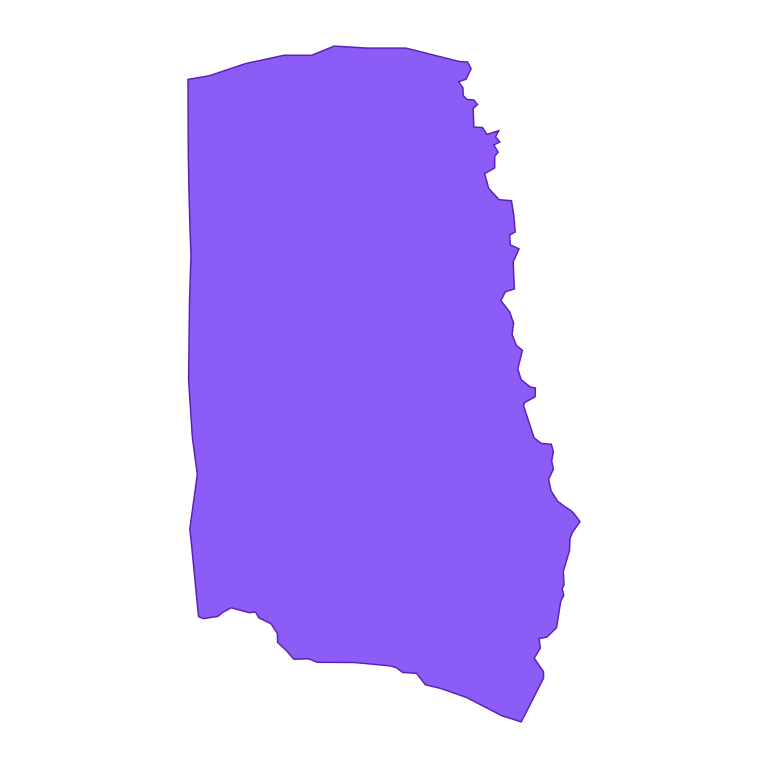 Camuy, Puerto Rico
{"feature_id": "32010507B35175802889516", "entity_name": "Camuy", "entity_type": "district", "adm_level": 2, "iso_a3": "PRI", "parent_name": "Puerto Rico", "parent_adm1": "", "projection": "orthographic", "projection_center": [-66.848, 18.417], "detail": "fine", "context": "isolated", "style": "filled", "palette": "violet", "viewbox_px": 768, "rotation_deg": 0, "n_neighbors": 0, "source": "geoboundaries", "source_scale": "gbopen_adm2", "svg_char_len": 1803}
<svg xmlns="http://www.w3.org/2000/svg" viewBox="0 0 768 768"><path d="M222.8,612.3L231.2,607.8L249.3,612.7L255.5,612.0L259.0,617.9L270.9,623.7L277.4,633.4L277.6,642.3L286.7,650.9L293.3,658.7L293.8,659.2L308.6,658.8L317.3,662.3L353.8,662.5L354.2,662.5L389.4,665.8L395.9,667.4L402.6,672.4L416.5,673.3L425.4,684.8L440.5,688.4L466.6,697.5L501.7,715.7L521.2,721.9L532.1,700.6L538.7,687.6L543.6,678.0L543.5,671.7L534.2,658.2L540.3,648.0L539.1,638.6L546.9,637.1L556.5,627.7L560.8,601.0L563.8,595.4L562.1,588.6L564.0,584.8L563.3,571.3L569.5,550.5L570.0,538.5L572.5,532.3L580.0,521.6L574.0,513.7L570.5,510.2L565.4,507.1L557.7,501.3L551.1,491.0L548.6,479.3L553.4,469.2L551.7,460.8L553.4,451.9L551.3,444.3L541.3,443.4L534.1,437.9L523.6,405.9L524.4,402.7L535.1,396.8L535.4,388.0L530.1,386.9L521.1,379.7L517.8,368.9L522.4,350.4L516.3,345.3L512.1,334.6L513.6,323.1L509.6,311.8L500.9,300.7L505.4,291.7L514.4,288.9L513.5,269.4L513.2,261.7L519.0,248.9L510.3,244.8L509.6,235.0L515.2,232.0L513.7,214.6L511.5,200.7L499.1,199.7L488.7,188.4L484.6,173.6L494.7,167.9L494.7,156.4L498.1,152.1L493.8,144.9L499.8,142.0L495.5,137.0L498.7,130.7L486.8,134.4L482.5,127.5L473.9,127.1L473.1,108.5L477.5,104.5L473.7,99.9L467.2,99.5L463.6,96.1L463.2,94.7L462.9,87.8L458.6,81.6L466.0,79.3L471.1,68.7L467.6,62.0L459.2,61.5L434.9,55.4L417.9,51.1L405.9,48.1L393.2,48.1L391.6,48.1L375.4,48.1L374.4,48.1L366.9,48.1L341.1,46.5L336.1,46.2L334.1,46.1L317.2,53.0L311.6,55.3L283.9,55.3L272.4,57.8L272.0,57.9L258.6,60.8L249.7,62.7L245.9,63.5L238.7,65.9L209.0,75.8L204.4,76.6L188.0,79.4L188.2,135.2L188.3,153.6L189.0,193.0L190.1,232.6L191.0,254.5L189.5,302.6L188.6,379.9L192.0,432.1L192.6,439.3L197.3,474.4L189.8,529.2L191.4,543.4L198.3,614.3L198.8,616.8L203.6,618.6L217.8,616.4L222.8,612.3Z" fill="#8b5cf6" stroke="#5b21b6" stroke-width="1.5"/></svg>